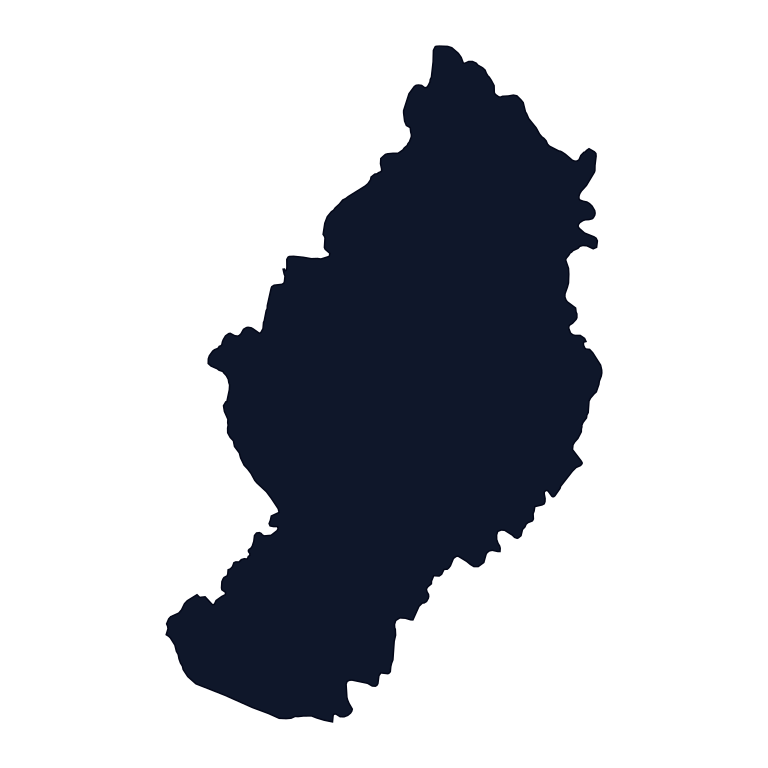 outline of Hermenegildo Galeana, Puebla, Mexico
{"feature_id": "50627088B54036543797475", "entity_name": "Hermenegildo Galeana", "entity_type": "district", "adm_level": 2, "iso_a3": "MEX", "parent_name": "Mexico", "parent_adm1": "Puebla", "projection": "natural_earth1", "projection_center": [-97.731, 20.119], "detail": "fine", "context": "isolated", "style": "filled", "palette": "ink", "viewbox_px": 768, "rotation_deg": 0, "n_neighbors": 0, "source": "geoboundaries", "source_scale": "gbopen_adm2", "svg_char_len": 6089}
<svg xmlns="http://www.w3.org/2000/svg" viewBox="0 0 768 768"><path d="M333.1,715.4L333.8,714.2L335.9,714.0L340.1,716.7L344.1,716.8L347.7,715.4L350.5,713.1L351.8,711.1L352.3,709.1L349.0,703.4L347.6,700.0L346.9,697.3L346.1,684.2L347.1,681.4L349.6,680.2L352.1,680.1L367.6,683.3L372.2,686.0L375.4,686.2L376.9,685.3L377.9,683.6L378.9,675.7L380.9,672.9L387.9,673.7L389.1,673.1L390.3,671.7L390.8,666.5L391.6,663.2L392.9,659.9L394.2,641.3L395.6,635.2L395.3,629.2L394.7,627.7L394.5,624.5L395.5,621.2L395.9,620.4L399.8,617.9L405.3,618.2L410.6,619.8L412.9,619.9L419.0,606.3L422.4,603.0L424.0,603.0L426.5,601.5L428.3,598.3L428.7,596.5L428.5,594.4L427.1,592.0L426.4,589.5L426.9,588.1L428.0,586.6L431.4,583.8L431.5,581.1L433.7,575.7L439.2,576.0L441.6,574.3L444.0,569.4L447.3,569.2L448.7,568.0L450.4,565.8L453.4,558.5L456.0,556.5L458.0,556.1L466.7,561.4L470.3,564.4L473.9,566.6L478.2,566.6L483.8,562.5L486.1,554.2L487.1,552.6L489.3,550.9L492.3,550.3L497.8,551.5L500.0,551.5L500.2,548.2L499.6,545.9L498.0,543.3L496.7,539.5L496.6,535.0L497.7,531.4L501.3,530.0L504.7,530.3L512.3,535.1L514.6,537.4L517.2,538.3L518.3,537.9L521.0,535.7L522.5,529.5L524.9,527.0L526.1,524.2L528.0,522.6L532.2,521.0L532.7,520.4L533.4,518.9L533.1,513.7L534.1,511.1L534.8,506.6L542.1,504.9L544.2,503.8L545.0,501.6L545.1,498.5L544.3,494.2L544.2,492.2L545.5,490.7L546.9,490.4L548.2,491.2L551.8,496.2L552.6,496.7L553.7,496.7L554.9,495.8L560.0,488.5L560.7,486.2L572.4,471.2L576.1,467.5L580.4,465.6L581.4,464.6L582.1,463.6L582.1,462.6L581.1,460.9L572.5,449.6L573.0,444.8L574.7,442.0L577.9,438.4L581.3,431.8L581.4,428.9L581.9,426.9L581.8,425.4L583.0,422.5L586.5,417.9L586.9,415.0L588.2,412.6L589.0,401.1L590.6,398.0L594.1,393.9L596.3,391.9L598.9,384.4L599.3,381.3L601.3,376.0L601.8,373.0L601.7,370.0L600.6,365.1L592.7,352.7L589.6,349.4L586.2,349.1L584.9,348.2L583.6,345.4L583.4,343.7L583.7,342.1L586.0,341.5L584.6,338.4L580.2,335.4L574.9,335.4L572.8,334.8L570.5,333.0L568.7,328.1L568.9,326.4L569.5,325.2L572.6,323.2L576.1,319.4L576.9,317.7L576.9,313.9L576.1,312.1L575.6,308.0L567.3,301.8L566.0,300.0L564.9,297.0L565.0,293.8L567.4,287.1L568.5,283.0L568.8,274.2L568.5,268.3L565.8,260.5L565.8,259.1L566.3,258.2L568.7,255.3L570.1,253.0L571.6,252.1L573.0,250.6L578.0,248.3L579.8,246.3L582.8,245.5L586.9,245.8L593.2,248.8L596.6,247.3L597.4,240.9L596.1,238.2L594.0,236.8L584.5,233.0L579.3,228.4L578.1,226.5L578.3,224.8L579.7,222.7L582.9,220.6L585.2,219.8L588.9,219.6L592.1,218.8L593.3,217.8L594.8,215.1L595.1,213.1L594.7,210.6L592.1,206.1L589.5,203.6L586.9,202.0L583.1,201.2L579.9,200.0L578.9,198.5L579.0,196.0L579.8,193.6L581.4,191.0L586.4,185.5L594.4,172.2L594.9,170.6L595.0,165.3L596.1,156.2L595.9,153.5L594.4,151.8L589.0,148.7L586.4,150.5L585.3,151.9L583.9,152.3L580.9,155.4L579.0,159.8L577.1,161.0L575.0,161.2L572.4,160.3L565.4,154.3L562.1,152.1L560.6,151.3L558.7,150.9L549.4,146.1L547.5,144.1L546.1,140.8L544.0,138.4L541.9,136.9L539.5,134.0L536.2,127.9L528.7,118.6L526.5,113.5L525.5,112.0L523.2,102.6L521.1,100.0L516.9,95.8L513.4,95.1L508.2,96.0L502.5,96.3L500.3,97.2L498.7,96.8L496.0,94.9L494.9,93.8L494.3,92.5L494.1,85.6L491.3,80.3L489.2,77.1L487.9,75.9L486.3,73.2L485.1,70.1L482.7,67.9L477.8,65.1L476.3,63.2L472.5,61.5L468.7,61.5L464.8,63.3L463.3,63.1L461.2,57.4L458.3,53.3L451.8,47.7L447.6,46.4L439.5,46.1L436.3,46.3L435.3,46.6L434.2,48.7L433.4,50.4L433.1,61.9L431.4,77.2L430.3,79.4L429.9,82.1L428.1,85.7L426.6,87.5L424.7,87.7L421.6,85.4L418.5,85.0L416.1,85.3L414.3,86.5L409.0,93.7L403.6,110.6L403.6,112.9L404.6,121.1L406.4,125.5L410.2,127.6L410.7,132.0L411.4,134.8L411.3,136.9L409.4,141.9L408.0,143.6L407.2,145.5L404.3,147.9L402.8,150.0L398.0,153.3L392.8,153.3L387.5,153.8L385.4,154.4L383.1,156.4L380.8,158.5L380.5,163.8L381.6,168.9L381.6,170.9L380.6,171.8L378.4,172.7L377.1,173.8L374.8,174.1L371.1,177.0L370.5,179.9L367.9,183.7L365.2,186.0L348.2,196.6L345.8,198.5L342.7,200.0L339.3,204.2L335.2,207.9L333.6,210.2L331.4,211.7L327.3,216.7L324.8,223.2L323.1,234.4L324.3,236.1L325.0,237.9L324.4,247.5L325.2,249.3L329.9,253.4L329.2,256.4L320.9,259.0L317.5,258.5L311.3,258.7L303.4,257.3L293.5,256.3L289.3,256.5L288.1,257.1L286.8,259.4L286.9,267.4L286.3,270.4L285.3,270.8L284.3,269.0L283.1,269.2L284.2,274.2L285.0,276.0L284.4,281.6L283.8,283.2L282.0,284.3L274.1,285.2L271.8,286.7L271.2,288.1L267.3,305.6L267.2,308.5L266.2,310.6L264.2,320.9L263.5,322.4L263.0,328.6L260.8,332.6L259.4,333.3L253.0,328.8L251.2,327.8L248.0,327.3L246.4,327.6L243.5,329.3L241.0,333.8L239.2,335.5L237.7,336.1L234.7,335.7L230.2,333.3L228.7,333.6L225.5,335.9L223.3,339.6L222.4,341.9L221.8,344.8L220.7,345.9L219.3,346.3L217.9,348.4L214.5,349.7L212.7,351.1L209.4,355.7L208.3,358.9L208.2,363.5L211.1,366.1L217.3,368.8L219.0,370.2L223.2,371.6L223.4,372.5L226.3,375.6L228.3,379.3L228.8,382.5L229.6,384.9L229.3,389.9L226.8,401.8L225.8,401.8L223.5,405.7L224.4,411.4L227.9,419.3L227.7,422.7L228.1,425.2L227.6,428.1L227.7,432.8L230.2,437.4L233.4,440.8L234.5,446.5L239.3,452.9L240.6,457.9L244.1,465.2L247.7,469.0L251.0,473.4L254.8,480.4L256.9,482.9L266.4,491.7L271.3,498.3L278.2,508.7L279.1,512.4L271.3,516.0L270.4,520.2L269.1,523.6L270.1,525.9L273.6,526.6L277.5,526.6L278.1,528.7L277.0,530.7L271.1,535.3L264.2,535.9L262.3,534.9L261.2,533.5L259.4,532.6L256.5,533.0L254.5,535.5L253.8,541.3L252.2,546.3L250.7,548.4L249.2,549.3L248.4,550.3L248.5,551.7L249.9,553.6L249.8,555.5L248.3,556.4L247.8,558.0L246.8,559.1L244.4,558.7L241.3,559.6L239.0,562.0L235.8,561.9L233.9,562.7L232.5,566.6L230.4,568.9L228.1,569.8L227.8,573.7L227.2,575.8L224.0,577.5L223.1,578.8L221.9,581.6L221.5,587.9L221.9,589.8L225.5,592.3L225.4,594.6L221.7,596.5L216.1,600.5L214.3,604.4L212.4,604.7L205.1,596.8L199.7,597.4L197.0,594.7L187.3,600.7L184.5,603.7L181.5,609.9L178.7,613.1L170.7,616.7L168.7,618.9L166.6,623.9L167.6,626.2L168.0,628.7L166.2,634.7L168.6,636.2L170.3,637.8L174.9,645.1L176.4,651.3L178.2,654.5L179.0,658.8L180.5,663.0L182.4,666.1L183.2,669.6L187.8,676.6L195.9,683.8L224.8,695.2L252.4,707.5L268.5,713.5L279.2,718.3L286.2,718.6L291.1,718.2L295.1,716.4L298.0,716.6L303.2,716.0L311.5,715.9L316.6,717.9L324.2,720.2L332.5,721.9L333.1,715.4Z" fill="#0f172a" stroke="#020617" stroke-width="1.5"/></svg>